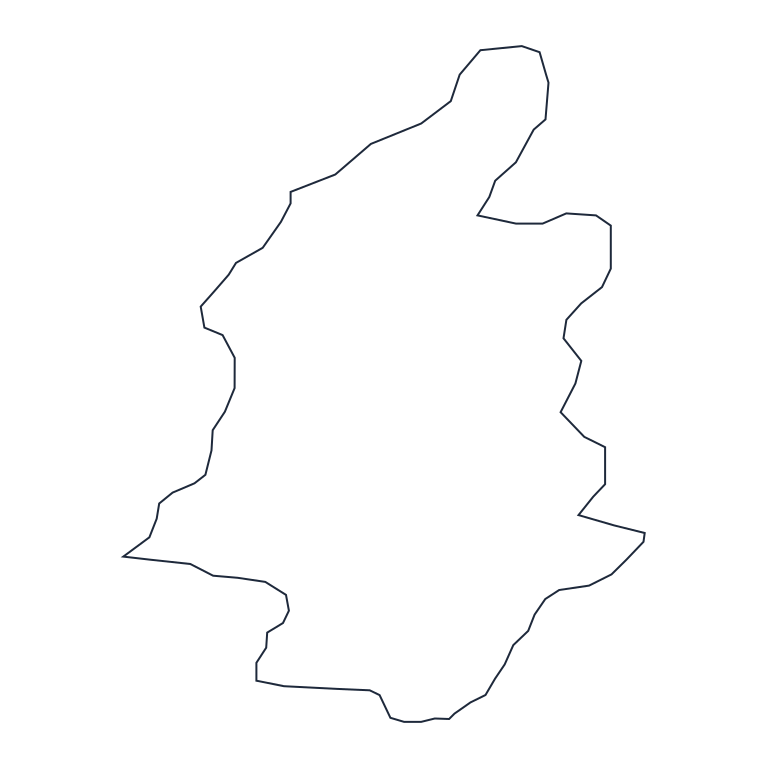 the district of Svenljunga, Västra Götaland, Sweden
{"feature_id": "70781695B82404495889294", "entity_name": "Svenljunga", "entity_type": "district", "adm_level": 2, "iso_a3": "SWE", "parent_name": "Sweden", "parent_adm1": "Västra Götaland", "projection": "natural_earth1", "projection_center": [13.101, 57.432], "detail": "fine", "context": "isolated", "style": "outline", "palette": "slate", "viewbox_px": 768, "rotation_deg": 0, "n_neighbors": 0, "source": "geoboundaries", "source_scale": "gbopen_adm2", "svg_char_len": 1249}
<svg xmlns="http://www.w3.org/2000/svg" viewBox="0 0 768 768"><path d="M449.1,719.0L454.5,713.6L470.5,702.4L485.5,695.0L495.1,678.6L504.7,664.4L513.3,645.1L528.2,630.9L534.6,614.6L545.3,599.0L559.2,590.0L589.1,585.6L611.5,574.4L626.5,559.6L643.5,541.8L644.7,533.0L614.1,525.4L578.5,515.1L593.3,496.6L605.1,484.2L605.1,447.2L584.3,436.9L560.6,412.2L575.4,383.5L581.3,360.9L563.5,338.3L566.4,319.8L581.2,303.4L602.0,287.1L610.8,268.6L610.8,225.6L596.0,215.4L566.3,213.4L542.6,223.6L516.0,223.6L477.5,215.4L489.3,197.0L495.2,180.7L515.9,162.3L533.7,129.6L545.5,119.4L548.5,82.7L546.0,74.4L539.6,52.2L521.8,46.1L480.4,50.2L459.7,74.6L450.8,101.1L421.2,123.5L370.9,143.9L335.3,174.5L290.6,191.9L290.6,203.4L280.9,221.9L262.7,247.8L236.0,262.9L228.7,274.7L214.1,291.5L200.7,306.6L204.4,327.6L222.6,335.1L234.7,357.8L234.6,388.1L224.9,411.7L212.7,430.2L211.5,450.4L205.4,474.8L194.5,483.3L172.6,492.6L159.2,503.5L156.7,518.7L149.4,537.3L123.3,556.6L150.3,559.7L190.3,564.0L213.1,575.7L237.7,577.8L265.3,581.9L286.0,594.9L288.9,610.7L283.0,623.0L267.2,632.6L266.2,647.7L256.4,662.8L256.4,680.7L283.9,686.2L337.2,688.9L369.7,690.3L379.6,695.1L390.4,717.8L404.2,721.9L421.0,721.9L434.8,718.5L449.1,719.0Z" fill="none" stroke="#1e293b" stroke-width="2"/></svg>